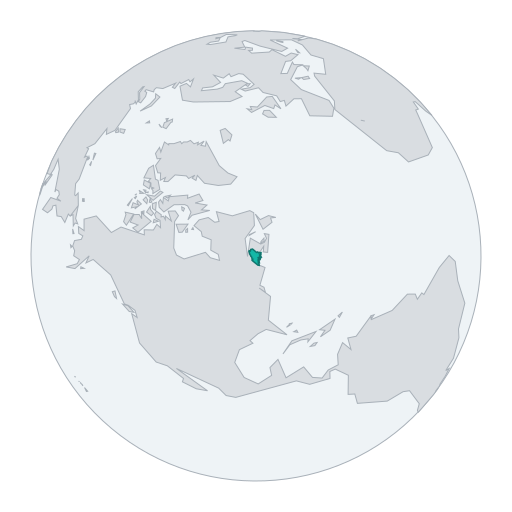 Maine highlighted on a globe, orthographic projection, rotated 310°
{"feature_id": "USA-3561", "entity_name": "Maine", "entity_type": "State", "adm_level": 1, "iso_a3": "USA", "parent_name": "United States of America", "parent_adm1": "", "projection": "orthographic", "projection_center": [-68.954, 45.272], "detail": "medium", "context": "on_globe", "style": "filled", "palette": "teal", "viewbox_px": 512, "rotation_deg": 310, "n_neighbors": 0, "source": "natural_earth", "source_scale": "10m", "svg_char_len": 11486}
<svg xmlns="http://www.w3.org/2000/svg" viewBox="0 0 512 512"><g transform="rotate(310 256 256)"><circle cx="256" cy="256" r="225" fill="#eef3f6" stroke="#a8b0b8"/><path d="M241.4,480.8L245.1,480.8L240.6,480.7L241.5,478.9L247.8,476.0L251.5,460.2L246.6,455.9L229.2,449.8L208.3,428.4L213.8,420.4L209.2,415.5L224.0,403.4L220.3,389.4L215.0,386.8L209.8,391.4L192.2,379.6L186.3,367.2L134.7,331.4L129.9,322.8L130.8,312.4L118.7,267.3L121.6,305.5L115.9,295.6L112.3,280.5L115.6,279.2L114.9,258.7L110.6,247.7L114.5,222.7L131.9,197.9L132.5,204.5L136.6,198.2L136.1,189.8L134.7,185.9L148.1,156.9L148.7,133.5L141.4,130.2L148.9,128.1L130.0,125.4L125.6,117.6L135.2,124.0L139.8,123.0L139.0,116.2L143.5,113.7L145.8,109.2L151.2,107.1L156.5,111.5L160.1,110.4L159.4,105.7L164.4,101.0L164.9,108.0L173.7,100.6L184.0,107.9L181.0,130.1L191.4,134.0L200.4,156.9L204.2,153.5L210.0,160.7L216.5,159.7L216.3,164.7L221.6,159.6L220.6,155.3L222.5,151.7L226.3,150.9L226.7,156.9L224.9,158.2L227.0,159.6L225.6,163.1L228.4,160.9L228.4,168.7L233.9,159.9L238.6,165.2L237.1,170.7L230.1,171.5L209.2,187.9L205.6,194.5L207.5,202.8L226.3,214.9L225.3,222.1L229.2,230.9L233.0,226.0L231.4,217.6L239.6,211.2L236.6,202.1L239.5,198.4L239.4,189.0L247.1,189.2L254.8,194.7L255.3,202.7L258.7,205.5L264.5,197.2L271.6,212.1L286.8,222.1L287.7,226.4L278.3,235.2L262.4,236.4L250.2,249.8L266.0,240.2L268.2,251.9L271.8,253.6L276.3,252.7L278.5,248.0L280.9,252.0L266.2,262.6L263.8,259.0L268.5,255.6L261.0,256.5L251.1,264.5L253.0,270.3L236.1,277.8L237.2,282.2L234.2,286.6L233.5,279.0L234.4,293.1L214.8,306.7L215.6,330.4L206.3,311.0L197.7,307.5L187.3,305.8L187.2,309.7L173.6,303.5L160.8,308.1L155.3,325.0L159.4,339.9L174.6,344.7L179.5,338.4L190.9,339.3L182.0,357.3L201.7,363.8L199.3,377.3L205.0,385.1L215.1,384.6L225.5,388.9L233.1,381.7L245.3,378.0L245.4,388.9L252.2,379.0L258.9,384.3L283.3,382.6L281.4,385.2L301.8,395.3L324.1,396.5L329.2,402.5L326.6,407.4L334.3,406.7L334.4,409.4L365.0,403.8L380.5,403.6L379.9,412.1L366.7,426.5L354.1,446.3L330.3,458.0L323.8,464.0L304.6,473.0L290.2,475.0L294.0,476.3L285.7,478.2L276.2,479.3L274.4,480.1L267.4,480.5L271.9,480.6L263.9,481.1L241.4,480.8ZM43.2,213.2L45.0,209.2L44.2,214.0L43.2,213.2ZM45.9,205.3L45.3,206.9L45.7,205.2L45.9,205.3ZM46.1,203.1L45.9,204.6L45.9,203.2L46.1,203.1ZM46.1,200.5L46.2,201.7L46.1,200.5ZM214.1,338.0L236.8,350.5L223.6,350.9L226.1,349.2L220.5,344.3L209.8,339.0L198.3,339.6L214.1,338.0ZM47.0,195.6L47.2,194.3L47.4,195.0L47.0,195.6ZM224.9,326.5L221.0,325.2L224.9,325.5L224.9,326.5ZM133.4,184.7L135.6,190.0L134.4,198.7L132.0,194.5L133.4,184.7ZM136.3,168.9L138.6,170.4L133.8,176.5L133.9,173.7L136.3,168.9ZM135.2,128.8L136.1,132.3L133.6,129.8L135.2,128.8ZM145.1,109.0L143.4,108.9L145.3,106.7L145.1,109.0ZM235.1,189.6L237.2,189.4L236.1,191.2L235.1,189.6ZM233.1,185.9L230.3,188.3L229.0,186.9L230.7,185.5L233.1,185.9ZM155.4,101.4L158.9,98.1L156.2,102.2L155.4,101.4ZM236.7,183.4L226.9,184.2L224.5,181.8L229.0,174.4L236.7,183.4ZM161.6,96.7L170.1,89.2L167.1,88.0L180.5,87.4L168.8,93.7L166.0,98.8L165.0,96.2L161.6,96.7ZM218.6,154.3L219.9,158.9L215.4,155.9L218.6,154.3ZM215.2,153.4L198.4,150.3L198.3,143.5L203.9,145.7L201.1,137.8L209.3,135.9L212.7,139.8L211.1,144.5L215.5,140.3L215.2,153.4ZM186.6,88.5L189.4,87.5L187.4,89.4L186.6,88.5ZM223.0,150.1L219.6,149.9L219.3,143.9L226.0,143.1L223.9,145.3L223.0,150.1ZM196.3,136.9L197.2,132.5L204.2,129.7L205.5,127.6L209.5,135.3L196.3,136.9ZM225.9,146.2L229.4,143.0L233.0,145.1L226.3,149.8L225.9,146.2ZM216.4,142.8L216.5,139.9L218.6,141.2L216.4,142.8ZM247.6,151.4L243.5,151.0L243.0,147.8L247.6,151.4ZM230.5,141.6L229.3,140.9L228.6,139.7L231.6,138.1L230.5,141.6ZM214.1,132.9L216.8,132.8L212.8,129.6L217.8,127.6L219.6,133.2L220.9,130.0L222.5,129.4L222.2,134.7L214.1,132.9ZM232.7,132.9L236.6,139.8L244.3,141.0L244.9,143.8L232.5,141.4L232.7,132.9ZM226.5,133.4L230.5,133.7L229.3,136.9L225.9,138.7L226.5,133.4ZM220.6,124.4L212.4,125.9L212.3,124.7L220.6,124.4ZM235.1,132.6L234.1,130.9L235.8,132.3L235.1,132.6ZM225.3,126.1L222.4,126.7L222.4,125.3L225.3,126.1ZM234.5,127.3L235.7,129.4L233.5,130.7L234.5,127.3ZM230.5,126.2L231.1,124.1L231.9,129.8L229.2,126.7L230.5,126.2ZM225.7,124.6L224.8,124.0L227.0,124.6L225.7,124.6ZM242.4,121.6L243.9,128.5L238.9,131.1L238.1,124.0L242.4,121.6ZM426.4,108.7L427.6,110.1L426.3,109.1L430.0,114.0L432.2,115.6L445.0,133.4L456.0,152.4L449.2,148.2L446.6,144.7L446.3,144.5L445.9,144.2L450.5,150.8L447.6,149.7L457.0,156.2L460.8,162.5L460.9,162.4L467.6,178.7L473.0,195.5L477.1,212.7L479.8,230.2L481.1,247.8L481.1,265.5L479.6,283.1L476.8,300.5L476.1,293.0L476.6,278.7L475.1,277.5L472.9,285.9L470.5,284.5L468.5,288.8L452.4,321.4L444.1,323.0L426.1,312.4L426.6,298.7L420.7,288.4L418.9,222.3L425.2,216.3L431.5,185.3L433.4,182.9L440.0,192.6L450.5,180.8L445.3,168.9L447.5,155.9L444.4,144.2L430.5,127.9L435.5,146.6L429.2,144.2L419.4,124.2L413.9,108.9L411.3,107.5L408.8,113.1L401.3,105.9L407.1,114.8L409.4,113.9L413.0,119.7L411.3,121.0L408.7,118.2L408.6,122.3L420.8,135.1L424.3,135.6L427.9,150.2L434.1,152.5L437.2,158.7L427.9,157.1L424.1,153.6L411.7,157.8L416.0,162.6L428.0,159.2L427.0,162.0L432.9,169.3L427.6,166.0L413.4,169.2L412.6,183.7L422.1,211.9L419.3,220.6L412.2,224.8L398.0,207.1L405.7,189.7L400.8,184.0L390.1,182.6L393.4,177.7L389.9,175.3L392.0,168.9L385.8,156.3L386.5,149.8L375.4,141.7L374.3,137.5L381.2,143.3L386.3,144.2L387.0,129.3L384.6,125.5L377.3,121.6L378.4,118.3L371.3,116.6L367.4,107.4L366.2,117.3L357.6,113.9L350.5,107.1L347.5,107.9L359.0,119.1L363.8,122.1L368.3,121.7L381.1,132.4L382.8,138.4L368.5,134.5L369.2,142.8L357.7,136.9L333.7,109.0L328.1,99.5L337.2,88.6L343.5,91.8L343.4,97.1L351.5,94.3L347.0,93.5L347.9,91.0L339.9,87.7L340.2,85.8L332.1,86.1L331.5,83.5L336.7,83.3L324.4,77.0L320.9,71.5L318.0,71.1L315.9,72.1L312.8,64.9L310.8,64.9L311.0,67.2L307.2,68.9L299.2,69.2L298.6,66.7L301.4,66.2L306.3,61.8L313.9,61.4L312.8,60.5L306.1,60.2L300.1,65.5L295.4,66.5L297.4,63.4L296.3,64.6L293.8,64.3L290.8,61.8L288.2,65.1L261.6,67.2L253.0,63.2L257.8,59.9L238.5,60.4L230.3,56.9L230.6,58.8L221.5,61.1L223.9,62.2L223.4,63.4L201.2,71.1L195.5,71.3L186.2,77.9L186.3,79.1L190.0,79.2L180.5,87.4L167.1,88.0L167.5,85.3L158.8,88.0L161.0,81.5L158.8,77.8L166.3,70.0L163.9,68.2L160.7,69.5L155.1,68.5L154.5,62.5L168.9,61.2L172.6,71.3L172.3,66.4L176.5,65.9L178.9,63.3L178.4,60.2L175.7,60.8L196.0,49.6L202.9,42.2L192.4,45.4L186.3,46.1L184.9,43.0L196.9,38.6L212.3,35.0L227.9,32.5L243.7,31.1L259.5,30.7L275.3,31.5L291.0,33.5L306.5,36.5L321.8,40.5L336.7,45.7L351.3,51.9L365.4,59.0L378.9,67.2L391.8,76.3L404.1,86.3L415.7,97.1L426.4,108.7ZM427.4,249.0L429.3,252.6L427.4,249.0ZM413.4,99.5L406.7,90.9L400.7,88.4L397.6,85.0L396.6,85.6L400.3,88.2L396.7,89.2L390.5,83.7L386.7,82.3L388.7,85.2L400.6,95.4L405.9,93.7L411.3,98.4L413.4,99.5ZM284.0,382.4L286.9,384.2L283.0,384.6L284.0,382.4ZM221.6,355.7L226.5,356.4L229.0,358.4L225.2,358.7L221.6,355.7ZM262.9,357.3L268.6,358.2L262.6,359.3L262.9,357.3ZM240.4,352.1L258.4,357.1L246.8,360.5L235.5,357.3L243.4,356.6L240.4,352.1ZM222.3,333.6L225.4,334.8L224.4,337.1L222.3,333.6ZM227.8,326.8L226.6,326.9L225.2,324.8L227.8,326.8ZM269.0,251.2L270.3,250.5L274.8,250.6L272.6,252.6L269.0,251.2ZM295.0,239.6L298.3,246.4L294.5,242.7L292.1,246.6L281.0,244.2L287.7,228.5L286.6,235.8L295.0,239.6ZM268.1,237.2L274.4,240.1L267.2,237.6L268.1,237.2ZM369.1,169.7L372.7,168.6L376.3,172.8L375.3,182.4L370.1,176.1L369.1,169.7ZM377.0,166.0L363.1,160.3L363.1,154.6L365.4,158.7L366.9,155.5L371.0,161.3L384.7,162.0L388.7,165.9L384.8,180.5L383.9,173.4L380.3,174.8L377.0,166.0ZM327.4,160.0L321.3,158.6L329.2,147.8L333.9,150.4L333.3,159.7L327.4,162.2L327.4,160.0ZM246.6,170.6L243.7,171.6L243.6,169.8L245.9,167.5L246.6,170.6ZM245.7,151.5L258.8,164.6L256.2,166.4L266.9,172.6L264.4,179.7L257.5,175.3L263.5,185.7L256.3,184.6L261.2,191.3L246.1,180.8L239.9,180.6L247.8,178.0L250.4,171.4L249.6,168.5L242.7,160.3L230.5,157.1L231.1,150.5L234.7,146.7L237.8,146.5L236.4,150.8L241.4,147.4L241.8,153.4L245.7,151.5ZM277.2,112.3L274.4,116.3L284.5,112.6L285.0,117.7L286.1,117.0L289.3,120.9L295.1,124.5L294.3,126.9L296.9,127.3L299.1,130.0L302.4,131.5L302.1,136.4L306.1,138.7L303.6,139.8L310.7,142.4L305.3,142.7L307.6,146.7L311.6,144.3L301.6,169.8L301.5,181.1L304.5,190.5L294.8,190.4L285.8,181.8L278.6,169.8L280.0,159.3L275.3,161.4L274.6,157.1L278.6,157.2L272.1,154.6L272.6,151.2L266.1,141.9L256.4,140.7L253.8,137.5L257.9,136.2L252.5,134.0L258.3,129.6L256.6,127.3L260.7,120.9L269.5,120.3L266.9,117.8L269.9,113.1L277.2,112.3ZM243.8,119.9L254.2,117.4L259.6,119.1L250.2,129.6L251.0,132.3L245.2,139.5L237.5,136.9L239.9,135.0L240.4,132.6L242.6,134.4L241.2,131.2L244.4,128.6L244.2,125.5L247.7,125.5L243.8,119.9ZM431.3,176.7L432.0,174.3L432.1,170.0L435.8,174.7L431.3,176.7ZM421.9,179.1L421.9,176.2L427.2,180.3L426.4,183.0L421.9,179.1ZM417.3,171.5L421.5,175.8L418.8,175.0L417.3,171.5ZM380.7,140.8L380.2,137.9L381.9,138.3L384.3,140.8L380.7,140.8ZM307.3,104.1L304.8,105.7L303.6,104.9L295.8,105.3L294.8,101.8L299.2,100.1L307.3,104.1ZM433.9,133.1L437.5,138.8L436.8,139.4L435.7,137.3L433.9,133.1ZM438.7,157.5L439.8,153.4L439.7,158.8L438.7,157.5ZM305.0,100.4L301.9,100.9L303.3,98.8L305.0,100.4ZM293.7,99.3L294.7,96.8L293.8,101.4L293.7,99.3ZM292.5,74.1L304.4,77.1L312.3,77.5L315.8,74.9L316.0,80.2L303.7,79.4L292.5,74.1ZM265.5,68.2L262.5,71.0L260.4,69.4L260.7,68.5L265.5,68.2ZM266.1,70.1L268.8,74.5L264.9,75.8L263.5,72.1L266.1,70.1ZM287.4,86.4L291.0,87.5L289.7,89.0L287.4,86.4ZM172.6,46.7L170.7,47.5L168.9,48.2L172.6,46.7ZM174.5,46.0L174.9,46.7L165.3,50.6L163.1,51.3L166.9,49.2L171.8,47.2L174.5,46.0ZM172.2,48.1L176.9,46.4L187.4,46.6L187.2,47.7L174.2,48.9L177.9,47.4L177.0,46.9L172.2,48.1ZM188.5,86.3L189.3,87.4L187.0,87.4L188.5,86.3ZM224.9,64.0L223.7,65.6L221.0,65.3L224.9,64.0ZM218.9,70.0L222.9,69.2L219.0,71.1L218.9,70.0ZM231.6,67.4L224.6,69.4L230.9,66.1L231.6,67.4Z" fill="#d9dde1" stroke="#a8b0b8" stroke-width="1"/><path d="M250.1,255.8L250.4,255.6L250.6,256.1L250.9,255.3L251.3,255.4L251.1,255.0L252.4,253.4L252.4,252.3L253.0,251.5L253.2,250.4L255.2,247.4L255.7,247.5L255.7,248.1L256.1,248.5L257.7,247.8L259.1,248.9L259.1,254.2L260.2,254.7L260.1,256.0L260.5,256.4L260.7,256.2L260.9,256.3L261.3,257.1L260.9,257.4L261.0,257.7L261.2,257.4L261.3,257.7L261.3,257.4L261.5,257.7L260.9,258.4L260.5,258.2L260.3,258.6L259.9,258.4L259.8,258.9L259.4,259.0L259.4,258.6L259.3,258.9L259.2,258.7L259.0,259.4L258.7,259.0L258.5,259.7L258.1,258.9L258.1,259.2L257.8,258.9L257.9,259.2L257.7,259.2L257.5,259.4L257.3,259.1L257.4,259.5L257.1,259.4L257.2,260.1L256.4,259.8L256.7,259.4L256.4,259.4L256.6,258.9L256.4,258.8L256.4,259.1L255.9,259.3L256.0,259.7L255.3,261.2L254.8,261.1L254.8,260.8L254.3,261.6L254.4,260.9L254.2,261.7L254.1,260.9L253.7,261.4L253.9,261.6L253.7,261.9L253.7,260.8L253.4,261.1L253.6,262.0L253.4,261.5L253.1,262.1L253.2,261.7L252.9,262.0L253.1,261.5L252.5,261.9L252.2,262.3L252.4,262.7L252.0,262.8L252.1,263.1L250.9,264.5L250.2,263.3L250.1,255.8ZM258.0,259.3L258.2,259.7L257.8,259.8L257.8,260.1L257.5,260.0L257.6,259.4L258.0,259.3ZM256.9,260.0L256.9,260.3L256.7,260.3L256.6,260.1L256.9,260.0ZM256.1,260.6L256.5,260.7L256.5,260.8L256.1,260.6ZM256.3,260.3L256.3,260.5L256.0,260.5L256.3,260.3ZM257.4,260.3L257.5,260.5L257.3,260.4L257.4,260.3ZM256.9,260.7L257.0,260.9L256.8,261.0L256.9,260.7ZM256.1,259.6L256.3,259.6L256.1,259.7L256.1,259.6ZM254.0,261.2L253.9,261.5L253.8,261.4L254.0,261.2ZM257.2,259.5L257.3,259.8L257.2,259.7L257.2,259.5ZM259.8,258.9L259.8,259.2L259.8,258.9L259.8,258.9ZM256.1,260.1L256.0,259.9L256.1,260.1ZM254.0,261.6L253.9,261.7L254.0,261.6L254.0,261.6ZM261.4,257.4L261.3,257.2L261.5,257.4L261.4,257.4Z" fill="#14b8a6" stroke="#0f766e" stroke-width="1.5"/></g></svg>